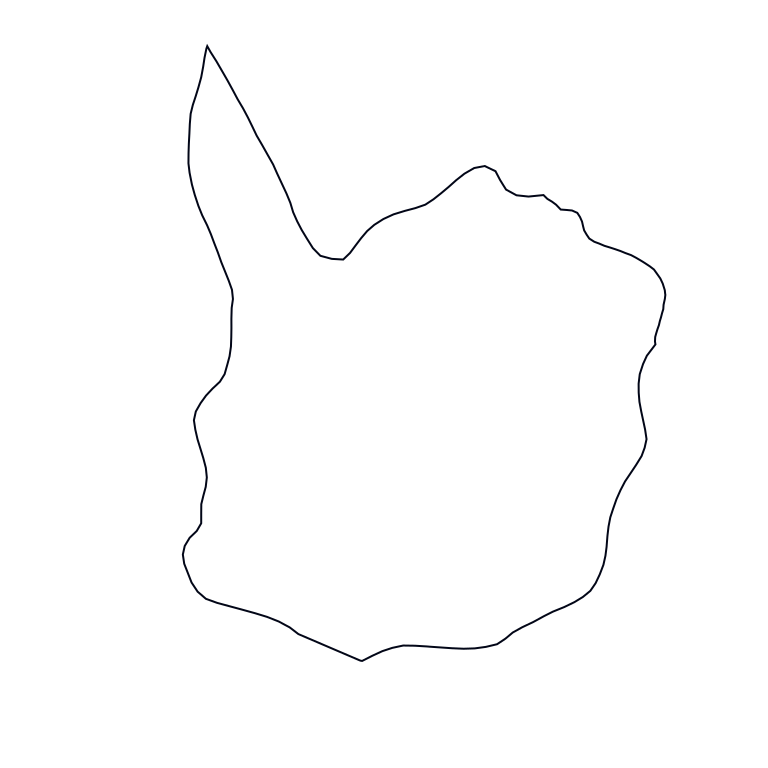 outline of Al Maflahi, Lahij, Yemen, rotated 107°
{"feature_id": "15242507B25338309738569", "entity_name": "Al Maflahi", "entity_type": "district", "adm_level": 2, "iso_a3": "YEM", "parent_name": "Yemen", "parent_adm1": "Lahij", "projection": "equal_earth", "projection_center": [45.119, 13.783], "detail": "fine", "context": "isolated", "style": "outline", "palette": "ink", "viewbox_px": 768, "rotation_deg": 107, "n_neighbors": 0, "source": "geoboundaries", "source_scale": "gbopen_adm2", "svg_char_len": 2914}
<svg xmlns="http://www.w3.org/2000/svg" viewBox="0 0 768 768"><g transform="rotate(107 384 384)"><path d="M215.5,141.5L212.2,142.9L206.5,146.8L202.3,150.6L199.2,154.6L195.6,159.3L193.8,164.1L192.2,169.5L191.4,172.4L190.8,174.8L189.6,179.8L188.5,185.4L188.2,191.4L187.7,196.8L187.5,202.2L187.4,207.7L187.4,213.6L186.8,219.3L186.5,224.5L184.9,230.2L182.0,233.8L178.6,237.5L175.0,239.7L170.8,242.1L167.0,245.4L163.8,249.2L163.7,250.2L163.1,254.9L164.2,260.3L165.5,266.0L162.2,271.9L160.5,276.7L159.2,281.9L156.7,286.7L157.2,287.9L162.5,300.6L164.8,312.5L162.4,324.1L159.3,327.7L155.0,332.6L147.9,339.6L146.1,351.4L151.1,360.9L159.4,368.6L167.9,374.5L172.2,377.1L176.8,379.9L184.8,385.1L192.9,390.7L200.4,396.9L206.6,405.4L212.3,414.6L219.0,424.5L226.4,432.8L234.6,439.8L239.1,442.6L242.6,444.8L251.2,448.5L259.6,451.6L268.6,454.8L276.9,459.4L279.6,470.5L280.0,482.3L274.8,491.8L274.0,492.7L267.6,500.1L260.8,507.7L253.8,514.6L246.3,521.1L238.2,526.5L230.3,533.0L222.1,540.4L214.0,547.7L206.5,554.2L199.1,562.0L190.9,570.6L183.7,578.4L176.4,585.1L169.0,592.0L161.6,599.4L154.5,607.2L147.1,614.6L139.4,622.5L132.3,630.1L124.4,638.6L117.2,647.0L112.6,651.8L115.2,651.9L124.6,651.0L133.4,649.7L144.0,648.5L154.6,648.2L163.4,648.2L163.5,648.2L173.1,648.4L182.1,647.9L192.2,645.7L201.5,643.3L211.2,640.9L220.4,638.4L230.2,635.5L238.8,631.7L249.4,626.0L258.4,620.3L267.9,613.6L275.8,607.2L284.0,599.5L291.4,593.3L299.1,587.4L306.7,581.4L315.1,575.2L323.0,568.8L330.7,562.6L338.4,556.9L346.9,553.3L355.8,551.9L366.3,549.0L375.0,546.3L384.0,543.7L393.0,541.3L402.7,539.8L411.5,539.5L421.2,539.3L429.8,541.6L438.5,546.6L447.1,550.8L455.9,553.8L465.2,555.9L465.5,555.9L474.2,555.2L482.8,551.1L491.5,546.1L499.6,540.6L507.6,535.2L516.2,529.9L525.2,526.1L534.5,524.4L543.3,524.1L552.3,523.6L561.1,521.0L570.6,518.1L570.8,518.1L579.3,520.1L587.9,524.9L597.1,527.2L597.3,527.2L605.9,526.5L614.3,522.5L622.0,516.4L630.1,510.0L637.1,501.5L641.5,491.5L642.1,479.6L641.7,467.1L641.3,455.3L640.9,440.3L640.9,427.8L641.9,415.2L643.3,408.3L644.3,403.1L648.2,392.7L655.4,326.3L655.4,325.1L655.2,323.9L647.3,315.7L639.9,307.4L633.9,298.9L628.5,289.2L625.3,278.1L622.4,266.1L621.9,263.7L619.7,254.2L616.8,241.7L615.4,236.3L613.9,230.5L610.3,219.9L605.6,209.7L599.8,199.8L592.0,193.4L584.0,188.2L576.2,180.7L568.0,171.7L559.3,163.2L552.3,155.9L544.6,146.4L537.0,138.2L529.6,131.6L521.5,126.2L512.6,123.4L503.0,122.0L492.8,121.3L483.6,122.0L474.8,123.5L464.0,125.9L454.7,127.6L445.3,128.6L436.4,128.4L426.3,128.0L416.4,126.8L406.7,125.0L396.5,121.9L387.5,119.2L377.6,116.6L368.8,116.1L360.0,116.8L351.2,121.0L343.1,125.5L335.0,130.0L326.4,134.5L317.8,137.9L309.2,140.6L299.8,142.3L289.2,142.1L280.1,140.9L266.8,136.0L264.1,137.3L259.7,138.4L255.8,138.5L252.7,138.5L251.6,138.5L247.3,138.3L243.1,138.6L239.2,138.6L235.0,138.8L230.8,138.8L226.5,139.8L220.5,140.3L216.5,141.0L215.5,141.5Z" fill="none" stroke="#020617" stroke-width="2"/></g></svg>